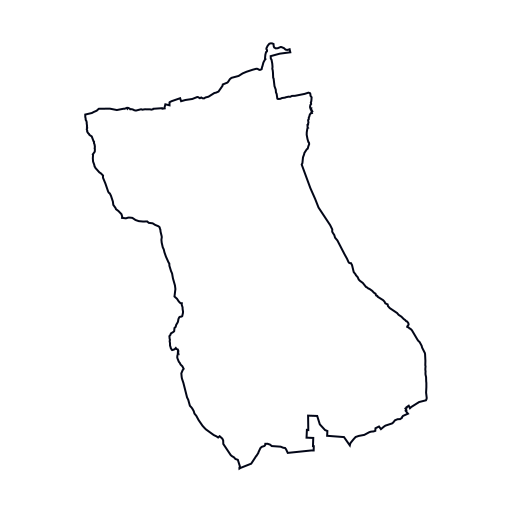 Selimbar, Sibiu, Romania (Albers equal-area conic projection), rotated 184°
{"feature_id": "2599482B14672137342466", "entity_name": "Selimbar", "entity_type": "district", "adm_level": 2, "iso_a3": "ROU", "parent_name": "Romania", "parent_adm1": "Sibiu", "projection": "albers", "projection_center": [24.225, 45.735], "detail": "fine", "context": "isolated", "style": "outline", "palette": "ink", "viewbox_px": 512, "rotation_deg": 184, "n_neighbors": 0, "source": "geoboundaries", "source_scale": "gbopen_adm2", "svg_char_len": 6048}
<svg xmlns="http://www.w3.org/2000/svg" viewBox="0 0 512 512"><g transform="rotate(184 256 256)"><path d="M423.1,391.9L425.1,389.8L428.0,388.3L429.7,387.2L436.2,385.2L436.0,382.7L435.6,381.6L435.4,380.1L435.2,379.6L434.8,379.2L434.2,377.6L434.2,376.8L433.6,373.8L433.7,372.8L433.3,372.0L433.7,370.7L433.0,368.9L433.1,368.3L432.0,366.8L431.0,366.0L430.9,365.6L430.6,365.2L428.2,363.8L426.0,359.0L425.7,358.9L425.5,358.6L425.5,357.3L424.8,355.9L424.6,354.7L424.4,354.4L424.4,353.7L424.3,353.4L424.5,352.2L424.2,351.7L424.1,349.2L424.2,348.7L425.9,346.0L425.6,345.6L425.6,342.1L425.1,338.8L423.8,335.9L423.2,333.9L422.7,333.4L422.3,332.6L418.1,328.5L416.6,327.7L414.2,325.6L414.2,324.0L414.0,323.2L411.3,317.8L408.0,310.0L407.3,308.9L406.2,308.2L404.9,306.0L402.6,300.4L401.9,297.0L399.5,294.1L398.9,292.9L396.4,291.3L393.1,288.3L392.2,285.8L392.3,284.7L388.4,284.5L386.1,285.4L384.2,285.5L382.0,285.4L378.7,283.5L375.4,282.6L370.8,282.5L367.0,282.9L365.3,281.6L361.4,281.4L358.8,280.0L355.5,278.9L354.4,278.2L354.1,277.8L353.7,276.4L353.3,275.8L352.9,273.6L351.5,269.2L351.3,268.2L351.5,265.6L351.0,262.7L349.6,258.1L348.5,256.2L347.6,253.3L345.8,249.1L342.7,243.3L342.0,242.5L341.7,240.2L339.7,235.0L338.5,232.7L337.3,227.9L334.8,221.0L334.1,217.4L334.5,209.9L331.8,207.8L330.0,205.4L328.6,204.1L328.0,203.7L326.7,203.7L326.7,202.2L325.7,199.7L325.5,197.9L324.9,195.4L324.9,194.1L325.4,190.9L326.0,190.4L327.7,190.0L328.2,189.6L328.5,189.0L329.0,187.6L329.2,185.5L329.5,184.3L330.8,181.8L331.2,179.7L332.3,178.5L332.4,175.3L333.0,174.6L335.5,172.8L335.9,171.3L336.8,170.0L336.4,167.5L336.0,166.4L336.2,165.0L335.7,163.0L335.5,160.6L334.8,159.0L334.7,158.4L333.5,156.6L333.1,156.3L331.4,156.9L330.5,157.5L329.6,158.6L328.8,157.6L327.5,157.3L326.8,155.7L327.1,155.1L326.8,153.9L327.2,154.2L327.2,152.3L327.5,150.9L327.5,149.4L327.2,148.4L325.6,145.1L324.7,144.2L323.6,142.4L321.8,140.9L320.3,138.4L321.2,137.0L322.3,133.7L321.7,130.0L321.3,128.5L319.6,124.4L314.9,110.1L313.6,107.9L311.5,102.0L309.7,100.3L308.6,98.9L307.3,96.9L306.4,94.5L304.4,92.4L301.8,88.3L297.5,82.9L295.2,80.7L293.8,79.5L285.6,74.4L282.8,73.3L281.1,72.3L279.7,73.7L276.9,71.5L275.9,69.8L275.5,66.2L267.3,55.6L266.1,54.7L263.9,53.6L262.4,52.1L259.9,51.4L257.5,45.3L257.4,44.8L257.8,43.5L257.7,42.8L256.9,43.4L246.3,48.5L242.5,55.3L242.1,56.2L241.7,56.5L239.9,59.8L239.9,60.3L238.2,64.7L237.0,66.0L234.3,67.1L233.7,68.0L233.6,69.3L231.4,69.5L228.8,68.8L227.0,67.5L218.1,67.5L215.4,66.6L213.6,66.5L212.5,65.2L210.6,61.8L187.7,65.8L184.9,66.0L185.1,70.3L185.9,70.3L186.2,78.5L192.9,78.3L193.1,86.1L191.7,86.0L192.9,100.4L183.8,100.7L180.6,92.5L175.0,87.2L172.6,86.4L172.5,81.6L155.6,81.5L149.2,73.6L148.9,75.5L148.3,76.6L145.9,80.0L144.0,82.4L140.9,83.7L135.5,85.1L130.6,88.2L129.0,88.8L126.5,89.2L124.8,89.9L124.8,92.5L121.4,94.5L119.3,92.0L116.6,94.6L115.1,95.8L108.5,98.5L107.5,99.5L105.9,101.8L103.3,103.1L100.9,103.3L99.1,104.8L98.9,105.8L98.1,106.8L93.4,109.3L95.9,112.0L95.2,112.7L96.3,114.3L95.1,115.2L95.3,115.6L94.6,116.2L93.2,117.3L91.8,114.9L90.6,116.2L83.1,121.7L76.4,123.9L75.9,125.3L75.8,126.3L76.8,131.6L76.9,137.0L77.2,141.2L77.5,142.9L77.9,147.1L78.6,149.4L78.8,151.1L78.8,152.6L79.2,154.7L79.2,157.9L79.5,158.8L79.7,163.2L80.5,169.9L80.8,171.0L83.9,176.2L84.5,178.0L86.8,181.6L88.1,182.6L89.1,183.8L95.3,192.8L96.9,194.2L97.8,194.4L98.7,195.3L100.2,195.8L100.2,196.3L99.0,198.1L99.0,198.5L99.4,199.7L100.7,201.2L101.7,201.5L102.7,202.5L104.2,203.4L106.7,205.6L109.7,207.3L111.2,208.9L119.0,213.4L120.9,215.3L121.3,216.9L123.7,217.8L124.6,219.4L126.1,220.8L131.7,223.8L131.9,224.3L132.4,224.8L133.1,224.8L133.7,225.5L134.1,226.7L135.9,227.7L137.6,229.3L139.7,230.6L140.7,231.2L141.5,231.3L143.4,232.6L144.1,232.8L147.6,236.6L150.6,238.5L151.9,239.7L153.1,242.0L155.0,243.8L155.3,244.5L157.4,246.8L159.6,253.7L160.8,255.5L161.6,255.4L162.5,255.6L163.3,256.4L165.0,259.6L167.8,263.9L175.9,277.2L178.4,279.8L179.4,282.4L181.3,284.9L181.7,285.8L181.8,287.9L184.2,292.0L197.0,308.7L200.9,316.9L206.5,327.5L216.8,350.4L216.2,351.9L216.0,357.7L215.1,360.8L214.9,362.2L212.8,366.0L211.9,366.7L211.4,369.3L210.8,371.1L210.9,372.2L211.2,373.0L211.7,373.3L212.8,376.3L213.9,380.5L214.0,383.0L213.7,386.3L213.4,387.4L213.2,387.5L213.5,387.8L213.8,390.4L213.2,390.7L213.3,391.6L213.0,392.7L213.5,395.2L212.9,396.2L213.0,397.8L212.6,398.7L212.2,400.8L211.4,402.1L210.2,402.5L210.7,403.5L209.9,404.1L210.7,405.5L211.3,405.6L211.2,407.1L212.0,406.9L212.5,408.4L212.3,410.4L211.6,411.5L212.0,413.0L211.7,413.9L211.6,415.2L211.6,418.2L212.8,419.6L213.1,421.5L213.5,422.2L215.1,422.6L218.8,421.1L228.3,418.5L231.3,418.2L233.0,417.2L234.7,417.2L237.4,416.4L238.1,416.0L241.1,415.4L242.7,414.5L244.6,414.2L245.5,414.3L245.7,414.5L246.7,419.1L247.5,420.6L247.9,423.3L249.4,426.7L250.8,434.2L251.3,435.0L251.9,440.3L252.3,442.5L252.8,443.9L252.7,445.7L253.2,449.0L254.2,452.9L255.0,453.9L255.3,456.4L246.4,459.5L236.0,461.6L236.9,464.6L238.8,463.8L240.2,463.8L241.0,464.0L242.6,465.3L245.2,466.2L246.0,466.2L248.8,464.8L250.8,464.5L252.4,465.3L253.0,466.6L253.3,468.7L254.7,469.2L256.1,469.2L257.5,468.7L259.0,466.6L260.1,463.9L260.0,463.0L259.5,462.4L259.3,461.5L259.4,460.8L260.2,460.1L260.7,457.4L260.8,453.7L260.3,453.1L261.0,452.1L262.1,449.6L262.9,445.5L263.1,445.1L263.4,442.8L264.5,442.1L265.6,441.9L267.6,442.8L268.8,442.8L272.3,441.6L278.4,439.1L282.1,437.2L285.9,434.4L292.9,432.0L294.4,430.6L295.9,427.9L296.6,427.0L301.1,424.8L301.3,423.4L304.9,417.4L307.4,416.1L308.9,415.7L314.5,411.6L317.5,410.6L318.8,409.6L320.3,409.6L321.7,410.3L323.0,409.5L324.8,410.4L325.7,410.5L330.5,408.2L337.3,406.7L341.5,405.2L342.7,408.1L351.1,404.5L352.9,403.4L353.0,403.2L352.8,400.3L357.0,401.0L357.6,397.6L357.4,396.9L359.7,396.4L360.0,396.9L367.9,395.8L368.7,395.7L369.0,395.2L370.6,394.7L371.9,394.9L377.1,394.6L379.7,394.0L380.3,394.3L381.1,394.3L385.9,392.7L387.6,392.9L388.6,393.4L390.2,393.8L391.7,393.6L392.0,394.0L393.6,394.8L394.3,394.7L394.6,394.1L395.1,394.8L397.4,393.7L398.3,393.7L405.0,391.9L412.1,392.8L423.1,391.9Z" fill="none" stroke="#020617" stroke-width="2"/></g></svg>